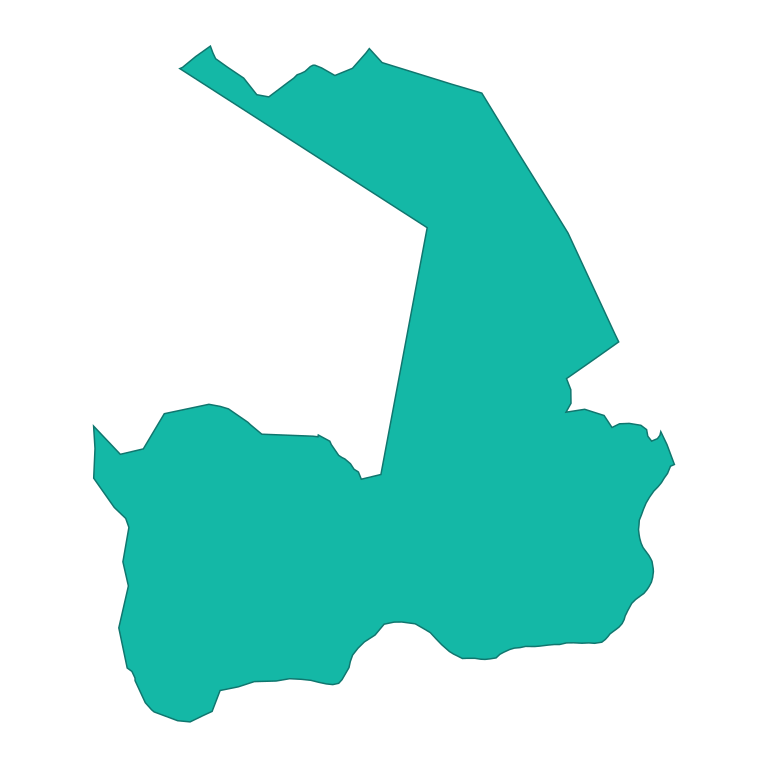 San Bartolomé Ayautla, Oaxaca, Mexico
{"feature_id": "50627088B49062393925558", "entity_name": "San Bartolomé Ayautla", "entity_type": "district", "adm_level": 2, "iso_a3": "MEX", "parent_name": "Mexico", "parent_adm1": "Oaxaca", "projection": "albers", "projection_center": [-96.67, 18.058], "detail": "fine", "context": "isolated", "style": "filled", "palette": "teal", "viewbox_px": 768, "rotation_deg": 0, "n_neighbors": 0, "source": "geoboundaries", "source_scale": "gbopen_adm2", "svg_char_len": 2477}
<svg xmlns="http://www.w3.org/2000/svg" viewBox="0 0 768 768"><path d="M190.1,721.9L202.8,715.7L212.1,711.4L220.1,690.5L238.4,686.8L254.3,681.6L276.2,681.0L289.6,678.7L301.3,679.3L310.8,680.3L318.7,682.3L326.3,683.9L332.8,684.6L338.7,683.3L342.0,679.7L349.0,667.6L350.3,661.6L352.6,655.1L358.0,648.2L364.4,641.9L375.1,635.0L384.1,624.2L394.1,622.1L401.8,622.0L415.2,623.8L422.9,628.2L430.3,632.6L436.1,638.9L441.7,644.7L449.4,651.5L452.0,653.1L453.4,654.0L456.9,655.7L462.4,658.5L467.1,658.3L474.9,658.3L480.7,659.2L485.0,659.4L489.8,658.9L496.1,657.9L499.9,654.3L503.6,652.3L509.7,649.5L514.4,648.1L520.1,647.6L525.6,646.4L531.6,646.5L535.0,646.5L539.7,646.1L547.9,645.1L554.4,644.5L559.6,644.5L566.5,642.9L573.7,642.8L581.9,643.2L588.9,642.9L594.6,643.3L601.8,642.2L605.4,639.4L608.0,636.5L610.0,633.9L612.9,631.7L616.3,629.2L619.0,627.1L622.1,623.6L624.1,619.7L625.2,615.8L626.5,613.3L627.4,611.3L629.4,607.6L631.7,603.4L635.6,599.5L640.4,595.9L643.9,593.4L646.9,589.8L649.1,586.5L651.4,582.2L652.7,577.3L652.9,575.4L653.4,571.7L653.2,568.5L652.0,561.3L650.8,558.9L648.9,555.5L643.0,547.5L641.1,543.2L639.7,538.2L639.1,534.6L638.5,529.6L639.0,524.9L639.3,520.2L641.4,515.0L643.4,509.4L646.1,503.0L649.5,497.2L653.8,491.1L658.1,486.7L661.4,482.7L664.2,478.1L667.5,473.5L670.5,466.2L674.4,464.5L667.0,444.6L660.8,431.7L659.9,435.4L657.4,438.7L651.6,441.1L647.8,436.2L646.6,429.6L640.9,425.3L629.3,423.4L619.5,423.8L612.0,427.5L604.1,415.5L584.7,409.3L566.0,412.2L571.0,403.3L570.8,389.7L566.5,378.6L590.0,362.2L618.7,341.9L614.7,333.6L568.1,233.2L553.9,210.1L517.8,152.1L511.6,141.9L481.8,93.1L452.0,84.3L411.8,71.8L382.1,62.6L369.3,48.6L365.9,53.1L352.5,68.3L334.9,75.5L321.6,67.9L314.9,65.2L313.1,65.2L310.3,66.6L307.5,69.2L304.9,71.5L300.7,73.5L297.1,74.8L293.7,78.2L288.0,82.4L268.8,96.9L256.8,94.7L243.7,78.1L227.8,67.4L215.6,58.7L212.9,52.9L210.4,46.1L195.6,56.6L182.5,67.4L179.8,68.6L427.2,227.7L418.9,271.8L380.9,474.5L361.3,479.2L358.4,472.0L354.0,469.2L350.5,463.8L344.8,458.9L342.1,457.6L338.7,455.4L335.2,450.3L331.3,444.6L329.8,441.2L318.3,435.0L318.0,436.8L312.9,436.2L261.8,434.2L250.3,424.6L247.9,422.3L228.5,408.9L220.2,406.4L208.9,404.3L164.3,413.7L143.3,448.9L120.3,454.3L93.6,426.1L95.0,448.5L93.7,478.2L114.3,507.5L125.7,518.4L128.9,527.4L122.9,561.8L128.4,586.0L118.8,627.9L127.2,668.0L131.9,671.4L135.0,678.0L135.1,680.7L145.3,702.7L151.6,709.8L154.1,711.9L158.1,713.4L177.6,720.7L190.1,721.9Z" fill="#14b8a6" stroke="#0f766e" stroke-width="1.5"/></svg>